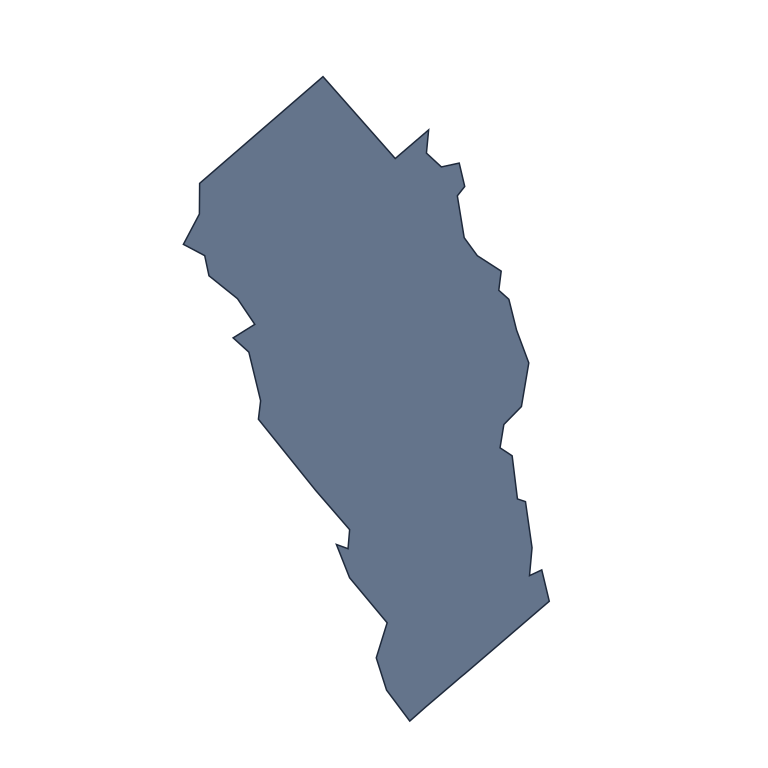 West Carroll, Louisiana, United States of America (orthographic projection), rotated 139°
{"feature_id": "52423323B44396431202896", "entity_name": "West Carroll", "entity_type": "district", "adm_level": 2, "iso_a3": "USA", "parent_name": "United States of America", "parent_adm1": "Louisiana", "projection": "orthographic", "projection_center": [-91.444, 32.794], "detail": "fine", "context": "isolated", "style": "filled", "palette": "slate", "viewbox_px": 768, "rotation_deg": 139, "n_neighbors": 0, "source": "geoboundaries", "source_scale": "gbopen_adm2", "svg_char_len": 831}
<svg xmlns="http://www.w3.org/2000/svg" viewBox="0 0 768 768"><g transform="rotate(139 384 384)"><path d="M401.8,111.6L386.9,140.2L399.9,143.9L379.7,163.3L354.4,202.4L358.7,209.7L334.4,245.7L338.3,259.7L320.1,274.8L295.1,276.8L260.9,304.9L248.6,337.7L234.2,366.0L235.9,379.4L221.5,392.3L229.4,419.6L227.5,441.8L205.2,477.9L193.5,480.1L182.3,501.4L198.3,510.2L200.5,530.4L183.6,546.5L227.6,546.8L228.4,656.0L391.5,656.4L411.8,633.4L443.8,621.0L435.1,598.5L445.1,580.5L438.6,544.5L442.4,513.8L467.6,517.8L465.1,496.7L488.1,452.3L501.9,439.8L505.4,348.4L505.5,296.6L519.2,283.3L525.2,294.1L537.1,260.3L538.3,201.7L569.5,182.4L582.9,151.3L585.7,112.7L564.8,112.9L535.1,112.6L523.8,112.5L521.1,112.5L519.6,112.5L516.0,112.4L512.5,112.3L466.2,112.0L412.9,111.7L401.8,111.6Z" fill="#64748b" stroke="#1e293b" stroke-width="1.5"/></g></svg>